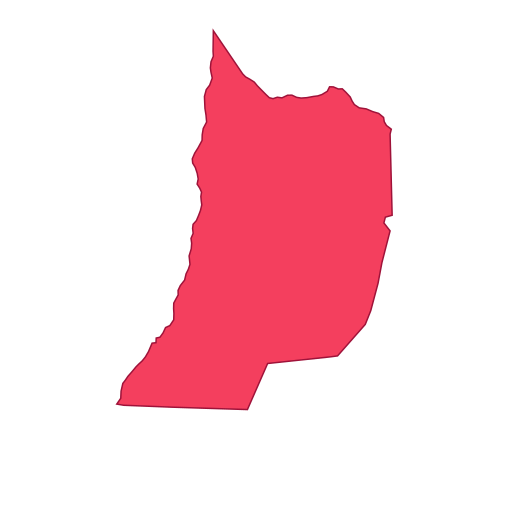 Aramari, Bahia, Brazil (Robinson projection), rotated 23°
{"feature_id": "56859067B32127453962752", "entity_name": "Aramari", "entity_type": "district", "adm_level": 2, "iso_a3": "BRA", "parent_name": "Brazil", "parent_adm1": "Bahia", "projection": "robinson", "projection_center": [-38.561, -12.063], "detail": "fine", "context": "isolated", "style": "filled", "palette": "rose", "viewbox_px": 512, "rotation_deg": 23, "n_neighbors": 0, "source": "geoboundaries", "source_scale": "gbopen_adm2", "svg_char_len": 1634}
<svg xmlns="http://www.w3.org/2000/svg" viewBox="0 0 512 512"><g transform="rotate(23 256 256)"><path d="M128.7,65.3L136.5,84.4L138.7,88.8L138.7,94.8L140.5,100.7L142.6,104.2L146.2,109.3L146.6,116.8L145.2,122.3L146.2,129.3L149.2,135.6L151.4,140.2L154.9,145.8L158.2,152.0L157.6,159.2L159.1,165.4L161.2,170.7L160.4,179.1L159.4,185.3L159.4,191.5L161.4,195.2L165.6,198.3L169.6,202.9L172.7,207.7L173.7,212.8L177.8,215.6L180.9,218.5L182.0,222.8L183.9,226.4L186.1,230.1L187.1,235.9L187.3,240.9L187.3,246.7L185.7,251.4L186.9,255.5L189.3,259.7L189.3,265.2L191.8,269.4L193.6,274.7L194.4,282.1L198.5,289.5L198.9,294.6L198.6,299.7L199.7,306.1L197.9,312.7L197.7,318.1L199.6,322.3L199.1,326.9L198.7,331.5L200.7,336.6L202.9,341.0L205.2,346.9L203.9,353.7L200.7,357.2L200.5,363.1L199.3,368.3L196.2,370.5L197.8,374.9L194.4,376.8L194.4,381.6L194.4,386.0L193.6,392.2L192.2,397.1L190.3,401.3L188.8,405.1L187.2,410.5L185.1,416.9L184.3,421.1L183.2,425.3L184.6,433.1L187.1,439.8L185.7,446.7L192.5,445.1L237.4,428.1L268.9,415.9L308.1,400.7L308.7,350.4L364.0,319.7L370.1,316.1L383.3,276.3L383.0,261.5L379.0,233.4L374.5,212.9L369.6,180.5L360.8,175.6L359.9,169.7L365.4,165.3L331.8,91.4L331.0,86.4L325.1,84.9L321.6,82.3L319.3,78.6L313.2,76.8L307.0,77.5L300.0,77.5L293.1,79.3L287.4,78.2L284.0,75.9L280.6,72.8L274.6,70.1L270.1,68.4L266.5,70.1L261.1,70.1L257.6,71.5L257.3,76.5L253.6,81.6L250.3,84.5L246.5,86.7L240.9,90.4L235.8,93.0L231.3,94.1L226.2,93.9L222.2,95.7L218.1,100.3L213.6,101.5L210.2,104.5L206.4,105.1L202.1,103.5L196.0,101.0L190.7,98.8L186.5,96.6L181.2,95.7L176.4,95.2L172.6,93.6L128.7,65.3Z" fill="#f43f5e" stroke="#9f1239" stroke-width="1.5"/></g></svg>